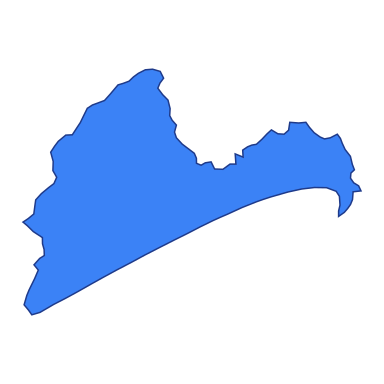 Praia Grande, São Paulo, Brazil (Robinson projection)
{"feature_id": "56859067B11159751681526", "entity_name": "Praia Grande", "entity_type": "district", "adm_level": 2, "iso_a3": "BRA", "parent_name": "Brazil", "parent_adm1": "São Paulo", "projection": "robinson", "projection_center": [-46.504, -24.018], "detail": "fine", "context": "isolated", "style": "filled", "palette": "blue", "viewbox_px": 384, "rotation_deg": 0, "n_neighbors": 0, "source": "geoboundaries", "source_scale": "gbopen_adm2", "svg_char_len": 1720}
<svg xmlns="http://www.w3.org/2000/svg" viewBox="0 0 384 384"><path d="M31.8,314.8L40.0,312.4L53.7,304.4L66.1,298.0L78.0,291.5L91.4,283.9L102.7,277.6L116.1,270.3L132.0,262.0L144.7,255.1L159.3,247.6L173.9,240.2L187.4,233.5L193.2,230.5L200.1,226.9L213.2,220.5L220.5,217.2L227.5,214.2L242.1,207.5L256.7,201.7L263.2,199.4L270.9,196.9L288.0,192.0L301.7,189.0L314.5,187.5L326.6,187.7L336.2,191.3L339.4,196.3L340.0,205.1L338.6,211.0L338.6,216.4L344.3,212.4L347.6,208.6L350.5,204.5L352.5,199.6L353.1,191.8L361.0,190.9L358.6,185.8L353.7,182.8L350.5,178.2L350.9,173.1L354.4,169.8L352.3,164.3L350.4,156.3L345.1,149.5L342.2,143.2L340.4,138.4L337.3,134.2L330.3,137.8L324.5,138.9L320.1,137.0L314.1,132.7L309.4,127.3L305.9,122.3L298.7,123.0L289.8,122.3L288.6,130.2L284.1,134.2L277.9,133.8L271.4,129.9L267.1,133.8L262.0,139.2L256.4,144.3L251.8,145.1L247.6,146.8L242.7,150.1L243.1,157.1L235.2,153.9L235.9,164.1L230.0,164.1L222.9,169.3L214.6,169.0L211.1,161.9L205.3,162.8L201.1,165.2L196.5,163.3L196.4,158.2L194.3,153.3L182.2,144.1L176.4,137.8L174.5,132.1L176.4,125.1L172.1,120.2L169.7,115.6L170.1,108.6L168.0,100.1L162.6,94.6L157.8,88.2L160.0,83.0L163.6,78.2L160.2,71.4L152.6,69.2L145.3,69.8L138.4,73.3L133.5,76.9L129.0,81.2L123.1,83.4L118.0,84.9L109.8,94.6L104.5,100.5L97.6,103.1L92.4,105.0L87.3,108.3L83.8,115.4L80.3,122.6L77.0,127.6L72.3,134.8L65.8,135.1L58.3,141.3L54.6,146.2L50.7,152.2L53.2,161.4L52.9,170.6L56.7,177.3L53.9,183.6L48.5,187.7L41.3,193.7L35.7,199.9L34.8,206.4L33.8,214.0L28.2,218.6L23.0,222.1L27.3,225.7L33.3,231.6L42.4,237.6L42.5,243.8L44.1,249.5L44.3,255.5L39.7,258.4L34.0,264.8L38.3,270.1L34.6,278.7L29.1,289.9L26.8,295.5L24.1,304.8L28.5,310.1L31.8,314.8Z" fill="#3b82f6" stroke="#1e3a8a" stroke-width="1.5"/></svg>